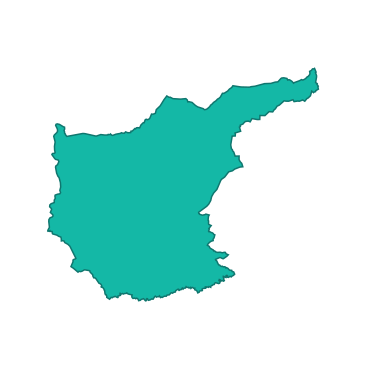 Wat Sing, Chai Nat, Thailand, rotated 166°
{"feature_id": "78962969B4118502895229", "entity_name": "Wat Sing", "entity_type": "district", "adm_level": 2, "iso_a3": "THA", "parent_name": "Thailand", "parent_adm1": "Chai Nat", "projection": "orthographic", "projection_center": [99.951, 15.22], "detail": "fine", "context": "isolated", "style": "filled", "palette": "teal", "viewbox_px": 384, "rotation_deg": 166, "n_neighbors": 0, "source": "geoboundaries", "source_scale": "gbopen_adm2", "svg_char_len": 6029}
<svg xmlns="http://www.w3.org/2000/svg" viewBox="0 0 384 384"><g transform="rotate(166 192 192)"><path d="M300.0,285.8L300.8,286.2L304.3,289.7L306.3,290.7L307.5,290.6L308.2,289.6L307.4,285.7L307.7,283.6L308.7,282.4L311.8,280.6L312.7,279.5L312.7,273.6L314.4,269.6L315.2,265.8L315.2,263.6L316.0,262.8L318.1,263.1L318.9,262.2L317.1,257.6L316.4,256.6L314.2,255.5L313.8,253.7L315.9,251.0L317.8,250.2L318.4,249.2L318.8,243.1L318.3,239.8L317.5,238.1L317.4,232.9L318.2,228.6L319.8,225.6L319.7,223.1L320.7,222.2L322.9,222.4L325.5,222.1L326.0,221.2L326.2,218.9L327.6,217.5L328.2,215.1L331.6,214.7L333.1,213.8L333.7,212.1L332.5,210.0L332.4,209.2L334.4,206.4L332.6,203.7L332.6,202.4L333.6,201.6L336.0,201.3L337.5,199.9L338.1,198.0L338.9,192.2L340.8,190.1L341.4,189.1L341.2,188.7L339.3,188.8L339.5,188.2L337.3,187.5L337.5,185.4L337.3,185.0L333.6,182.9L332.0,181.2L330.2,180.1L330.1,178.5L330.6,176.1L329.5,176.1L328.1,175.5L327.7,173.7L325.0,171.2L323.6,168.9L320.7,155.7L321.4,155.3L322.9,155.2L323.9,154.8L324.4,153.0L327.5,148.9L325.6,146.8L322.0,141.8L320.8,142.4L319.4,141.7L318.1,141.7L315.1,142.5L310.3,140.4L310.2,138.8L308.4,135.8L308.5,134.2L308.1,132.5L307.0,132.2L306.3,131.4L304.3,125.9L303.2,125.2L302.6,124.3L302.3,122.9L302.5,122.2L303.0,122.1L303.0,121.6L302.4,121.5L301.5,120.6L300.9,119.0L301.0,118.2L300.6,117.8L301.0,114.3L300.8,113.3L300.2,113.2L300.1,112.9L299.9,111.4L300.2,110.4L297.9,107.9L295.9,109.3L294.9,108.7L293.5,109.3L292.7,109.1L291.9,109.4L289.8,107.6L289.3,107.6L289.0,108.9L286.5,109.0L286.6,110.5L286.2,111.1L285.1,110.0L283.8,110.3L283.3,109.6L281.7,109.8L280.5,109.5L279.7,109.9L278.7,108.5L275.0,106.6L275.6,105.6L275.7,104.2L275.0,103.0L273.2,102.9L272.4,102.0L271.4,102.4L270.6,101.7L270.1,100.5L270.1,99.5L268.4,99.4L267.4,100.0L264.8,100.2L263.5,97.7L263.1,97.5L262.6,97.9L262.1,99.2L261.5,99.5L261.0,99.2L260.8,97.7L260.4,97.4L258.4,97.5L257.2,98.0L255.7,97.4L253.4,99.6L252.7,99.8L252.0,98.6L251.0,98.8L249.8,98.5L248.7,99.1L248.3,97.4L248.0,97.1L247.3,97.5L246.3,96.9L244.2,97.6L242.1,97.1L241.2,98.0L238.9,97.7L236.5,99.3L235.2,98.5L234.3,99.1L232.3,99.0L231.7,100.2L229.0,101.1L228.5,100.8L228.5,99.7L228.2,99.6L226.9,100.1L226.1,99.9L224.7,101.1L224.2,99.9L223.1,100.6L221.6,100.4L220.6,101.6L220.0,100.7L218.4,100.3L218.1,99.5L216.4,99.9L216.1,99.6L216.5,99.1L216.4,98.7L215.5,99.3L214.4,99.2L213.7,98.2L212.6,97.9L213.0,97.2L212.9,96.4L212.0,95.9L211.1,94.7L210.8,92.7L209.3,93.0L208.8,93.9L207.9,94.1L206.0,93.8L205.7,94.0L205.8,95.3L204.6,95.7L202.4,95.4L202.0,96.7L201.5,96.5L201.5,95.7L200.3,96.3L199.1,95.5L198.4,96.2L196.9,95.0L196.6,95.9L195.7,96.5L194.8,96.4L194.0,97.0L192.7,96.9L192.1,97.9L191.1,98.3L188.3,96.7L187.3,96.8L186.3,98.2L187.3,99.5L186.7,100.5L185.8,99.9L185.1,98.6L184.4,98.8L182.8,97.8L182.0,98.4L182.5,99.7L181.9,100.7L182.3,101.9L182.0,102.6L179.8,100.9L179.2,102.6L178.3,102.7L177.8,102.0L178.6,101.0L177.3,100.3L175.5,101.0L174.5,100.1L173.3,100.8L171.7,101.1L171.0,101.9L170.5,102.0L170.9,104.4L172.3,105.1L172.4,106.4L174.5,107.1L175.6,109.2L176.7,110.2L177.5,110.1L177.7,111.0L178.4,111.6L179.6,111.7L180.6,112.7L181.3,112.6L182.3,113.3L182.8,114.4L183.4,114.5L184.0,115.6L184.7,119.3L185.4,120.0L185.5,120.9L181.2,121.7L180.1,121.4L178.4,119.9L177.7,119.7L173.7,121.2L172.0,122.3L174.0,123.9L174.2,125.3L175.3,125.7L177.3,125.7L179.3,126.8L181.8,127.2L183.6,128.2L184.2,129.3L185.2,129.6L185.3,130.5L187.6,132.7L188.2,133.6L188.5,135.1L190.0,136.6L189.2,137.6L187.2,138.9L185.2,139.6L183.2,139.7L183.1,140.9L181.7,142.2L180.2,144.9L181.1,145.5L181.4,146.6L182.4,147.7L183.4,148.2L184.5,149.4L185.1,149.3L185.4,150.0L184.2,151.9L184.5,152.4L181.5,154.8L183.6,156.5L183.6,157.3L182.9,160.0L183.2,160.7L182.5,162.8L181.9,164.4L180.9,165.5L183.9,167.2L185.1,166.9L187.6,167.0L190.1,168.6L190.1,169.2L190.6,169.6L190.5,170.7L181.1,174.6L178.7,176.2L175.9,179.2L174.1,182.7L171.2,185.8L167.2,188.5L161.3,196.3L160.2,197.2L156.7,198.6L151.5,202.7L147.6,202.8L145.1,203.9L139.6,204.6L136.6,204.2L136.8,207.7L138.0,209.9L138.5,212.1L137.6,215.5L141.5,216.4L141.8,220.6L142.6,222.1L142.6,223.3L143.3,224.5L143.0,228.4L139.5,236.5L136.5,235.9L136.0,237.4L136.0,238.8L130.1,239.2L130.3,243.5L129.2,243.8L129.1,245.1L125.9,245.7L125.3,246.3L123.2,247.5L120.3,247.2L118.6,246.0L116.0,248.7L111.1,246.5L108.7,246.0L107.6,249.8L102.7,248.5L97.8,251.3L94.3,250.2L92.4,251.9L91.0,252.5L88.7,254.7L86.2,255.2L80.5,258.2L79.1,257.5L76.2,256.7L71.7,257.1L71.1,255.0L67.5,254.7L65.8,254.1L62.3,254.5L60.6,252.8L57.8,254.9L56.6,255.1L53.8,256.7L51.4,260.9L50.1,259.0L49.5,259.4L47.8,259.5L47.4,260.4L44.5,261.2L44.4,263.8L43.9,264.1L44.7,266.4L44.3,266.9L45.6,268.3L43.3,273.5L43.0,274.8L43.3,278.0L42.6,278.3L43.2,282.3L44.1,282.0L45.3,282.3L46.8,281.1L48.7,280.6L48.8,278.7L49.5,277.4L51.4,276.0L52.3,275.9L54.3,274.6L56.5,273.9L57.6,273.9L58.6,274.6L60.6,274.0L66.4,273.4L67.1,273.0L68.3,275.2L69.8,276.9L70.7,277.5L72.1,277.5L72.4,279.2L75.3,280.6L77.4,280.9L78.3,280.6L82.0,278.1L84.7,278.5L89.2,278.3L95.4,279.6L105.3,279.4L109.1,279.9L110.9,279.8L119.2,282.1L126.6,285.2L128.2,283.8L130.8,282.8L133.0,281.3L137.0,280.0L138.6,280.4L141.6,277.2L143.6,276.2L144.7,276.0L146.7,274.7L149.4,273.7L151.5,272.3L153.1,271.7L153.9,270.7L156.1,269.5L158.0,268.7L159.6,268.8L160.1,268.9L161.0,270.2L165.9,273.2L167.7,275.1L170.3,278.9L173.0,280.3L174.3,280.5L174.3,282.4L175.4,284.1L180.7,284.9L187.9,287.2L190.3,289.3L191.4,289.4L193.2,291.3L196.9,288.3L202.0,283.3L206.7,280.6L208.5,277.2L211.0,276.9L212.4,277.4L215.0,273.9L216.0,273.2L217.6,272.9L218.9,273.7L219.9,273.4L221.7,270.8L222.6,271.0L225.2,269.5L227.3,266.9L229.2,267.6L230.4,267.7L231.5,266.9L232.1,267.4L235.1,265.6L236.5,265.8L237.1,264.5L239.9,265.0L241.9,266.4L243.4,265.4L245.3,266.0L246.2,266.6L247.3,266.2L251.9,266.5L255.2,266.1L256.1,266.5L257.0,267.9L257.3,267.5L259.5,268.1L259.8,267.7L262.7,268.3L266.6,269.8L271.5,269.4L281.7,274.5L283.7,275.2L300.0,276.2L300.8,277.8L300.9,279.0L301.4,279.6L301.1,281.5L301.3,282.7L300.3,283.9L300.0,285.8Z" fill="#14b8a6" stroke="#0f766e" stroke-width="1.5"/></g></svg>